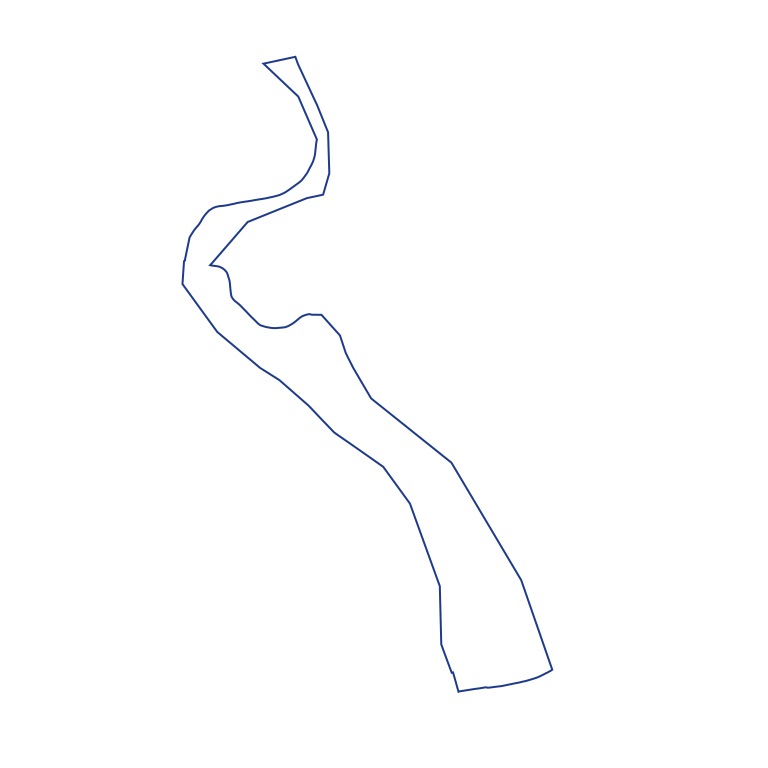 the district of Dennery By Pass, Dennery, Saint Lucia, rotated 324°
{"feature_id": "8701671B7729903902665", "entity_name": "Dennery By Pass", "entity_type": "district", "adm_level": 2, "iso_a3": "LCA", "parent_name": "Saint Lucia", "parent_adm1": "Dennery", "projection": "albers", "projection_center": [-60.894, 13.912], "detail": "fine", "context": "isolated", "style": "outline", "palette": "blue", "viewbox_px": 768, "rotation_deg": 324, "n_neighbors": 0, "source": "geoboundaries", "source_scale": "gbopen_adm2", "svg_char_len": 3557}
<svg xmlns="http://www.w3.org/2000/svg" viewBox="0 0 768 768"><g transform="rotate(324 384 384)"><path d="M446.1,195.0L463.6,181.4L473.4,167.0L486.7,147.5L493.7,119.5L495.7,109.1L502.4,74.8L504.0,69.2L504.6,67.2L475.9,54.5L474.8,54.0L483.6,101.1L473.4,146.8L472.2,147.9L470.1,149.9L469.0,151.2L468.3,152.0L466.4,154.1L465.9,154.6L464.6,156.1L462.7,158.1L460.4,160.1L457.9,161.9L455.6,163.3L453.2,164.5L450.1,166.0L447.9,167.2L445.2,168.4L444.5,168.6L442.6,169.2L439.8,170.1L438.1,170.5L437.1,170.8L434.4,171.1L432.4,171.1L430.9,171.1L430.1,171.1L428.8,171.1L427.6,171.1L426.3,171.1L424.5,171.1L421.6,171.1L418.7,171.0L415.8,170.8L412.9,170.2L411.4,169.9L410.2,169.6L407.6,168.6L406.3,168.1L405.0,167.6L403.6,167.0L402.5,166.5L400.5,165.6L399.7,165.3L396.9,164.0L394.3,162.7L392.0,161.5L389.4,160.2L386.8,158.9L384.2,157.7L383.0,157.0L381.7,156.4L380.0,155.5L378.7,154.8L376.8,153.8L374.4,152.6L371.7,151.3L369.0,150.2L367.8,149.7L366.5,149.1L364.0,148.0L361.4,146.8L359.0,145.5L357.7,144.8L356.6,144.1L355.0,143.2L354.2,142.8L351.7,141.8L349.1,141.1L345.7,140.9L344.9,140.8L342.1,141.2L339.4,141.8L336.7,142.6L334.0,143.6L332.9,144.1L331.3,144.9L329.7,145.5L328.7,145.9L326.1,146.7L324.8,146.9L322.8,147.4L320.7,148.0L318.1,149.0L315.5,150.0L312.8,151.2L296.0,166.5L295.7,167.1L294.4,167.1L279.7,184.7L279.7,243.9L293.2,298.1L301.0,317.7L301.7,319.5L309.3,352.9L309.9,355.5L310.3,357.3L312.3,372.7L313.0,377.9L315.2,393.9L316.4,397.5L319.9,407.5L328.5,432.4L334.7,450.6L334.7,496.0L310.3,580.4L277.3,628.3L274.3,638.7L269.7,655.1L269.4,656.2L269.1,657.4L270.3,657.8L270.1,658.6L264.5,673.7L263.9,675.3L263.4,676.8L264.2,676.9L265.7,677.7L269.0,679.4L275.7,682.8L279.0,684.5L279.9,685.0L282.3,686.3L285.7,688.0L286.5,688.4L288.2,689.3L288.8,690.0L289.5,690.8L293.4,693.0L294.4,693.5L298.9,696.0L300.1,696.7L301.0,697.2L302.0,697.7L302.6,698.0L303.8,698.5L304.6,698.9L306.0,699.5L308.0,700.4L309.3,701.0L310.7,701.7L311.4,701.9L312.1,702.3L312.9,702.6L314.5,703.4L316.3,704.2L317.1,704.6L317.8,704.9L319.1,705.5L320.0,705.8L320.7,706.1L321.6,706.5L322.3,706.8L323.9,707.5L324.7,707.8L325.4,708.1L326.3,708.4L327.4,708.8L329.1,709.4L330.6,709.9L331.5,710.2L332.5,710.6L333.3,710.8L334.5,711.2L335.6,711.5L336.6,711.8L337.5,711.9L338.2,712.1L339.9,712.4L341.4,712.6L342.3,712.8L343.4,713.0L344.6,713.1L346.6,713.5L348.4,713.7L349.1,713.8L349.8,713.9L350.5,714.0L352.2,714.0L379.7,623.4L389.1,522.1L392.3,487.3L366.1,391.8L365.9,390.9L365.1,388.0L367.1,367.7L367.8,360.7L368.0,358.7L368.6,352.7L370.6,340.4L371.4,336.1L376.9,318.9L374.2,292.4L374.0,291.2L372.1,289.8L366.2,285.4L365.7,284.8L364.9,283.7L364.2,283.4L363.1,282.8L362.4,282.5L359.7,281.6L357.0,281.0L356.1,281.0L354.3,281.0L351.5,281.2L350.8,281.3L348.7,281.4L346.0,281.4L344.4,281.3L343.2,281.2L340.4,280.8L339.0,280.4L337.4,280.0L335.0,278.6L333.6,277.8L332.7,277.2L331.1,276.3L330.2,275.7L329.5,275.3L327.9,274.2L325.7,272.3L323.7,270.3L321.9,268.3L321.0,267.2L320.2,266.1L318.4,263.6L317.6,260.9L317.2,258.1L316.7,255.1L316.2,252.4L315.8,249.7L315.4,246.6L315.0,243.6L314.8,242.2L314.5,240.3L314.2,238.0L313.7,235.0L312.9,231.8L312.2,229.5L311.8,226.6L312.0,223.8L312.6,222.3L313.1,221.3L313.8,220.0L314.4,218.9L315.9,216.3L316.7,215.0L317.4,213.8L318.9,211.3L320.1,208.7L321.0,205.9L321.3,205.0L322.0,203.3L322.4,200.6L322.1,197.9L321.5,195.8L321.3,195.1L320.6,193.9L319.9,192.5L318.1,190.5L317.3,189.8L316.1,188.6L314.9,187.5L313.9,186.5L313.2,185.7L318.2,184.6L368.9,172.8L403.4,181.4L430.9,188.3L437.1,191.1L445.2,194.7L446.1,195.0Z" fill="none" stroke="#1e3a8a" stroke-width="2"/></g></svg>